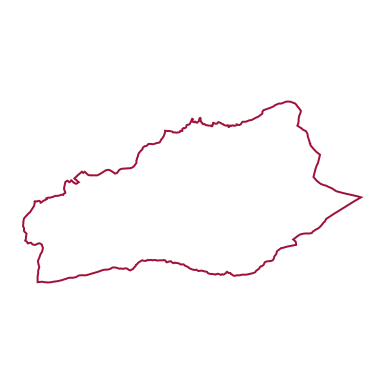 Cristioru De Jos, Bihor, Romania
{"feature_id": "2599482B34399492593990", "entity_name": "Cristioru De Jos", "entity_type": "district", "adm_level": 2, "iso_a3": "ROU", "parent_name": "Romania", "parent_adm1": "Bihor", "projection": "natural_earth1", "projection_center": [22.603, 46.434], "detail": "fine", "context": "isolated", "style": "outline", "palette": "rose", "viewbox_px": 384, "rotation_deg": 0, "n_neighbors": 0, "source": "geoboundaries", "source_scale": "gbopen_adm2", "svg_char_len": 5985}
<svg xmlns="http://www.w3.org/2000/svg" viewBox="0 0 384 384"><path d="M296.1,244.9L296.1,243.3L295.7,241.9L294.5,240.5L293.2,239.5L297.6,236.1L299.5,234.8L301.4,234.1L303.9,233.6L307.3,233.4L307.9,233.6L310.7,233.3L312.0,232.8L312.8,231.6L316.3,229.3L317.2,229.0L319.6,227.3L322.2,224.4L323.7,222.4L324.8,221.6L326.2,218.9L334.0,213.8L354.0,201.4L361.0,197.3L357.1,196.2L342.9,193.0L336.2,191.2L331.7,188.2L327.8,186.6L326.3,185.7L324.0,185.2L321.2,184.1L319.6,183.1L316.6,180.6L313.5,177.0L315.3,169.6L316.7,165.4L317.9,163.3L320.0,154.7L316.4,151.9L313.4,148.8L311.2,146.1L310.3,144.8L310.3,143.6L309.8,143.3L309.7,142.2L307.6,135.9L307.7,134.9L307.3,133.4L305.8,131.1L302.5,129.4L302.0,128.7L297.4,125.7L298.1,124.0L298.6,121.7L298.6,119.1L299.2,115.8L300.4,113.1L300.9,110.8L299.6,109.0L296.9,105.7L296.4,104.8L295.1,103.5L290.7,101.8L288.0,101.5L286.6,101.6L285.4,101.9L282.7,103.0L281.0,103.6L279.2,103.5L278.2,103.8L274.9,105.3L273.5,106.4L270.6,107.7L263.8,110.1L263.4,110.3L262.6,111.4L262.4,112.0L262.4,113.1L262.3,113.7L257.8,117.0L256.7,117.3L251.8,119.9L250.8,120.2L249.4,120.3L245.9,121.7L242.6,121.8L242.2,122.1L240.8,124.2L239.6,125.0L238.4,124.9L236.7,124.4L236.6,125.2L234.5,125.8L233.7,125.7L233.4,125.4L231.4,125.6L231.1,125.9L230.6,126.0L230.4,125.8L229.8,126.3L228.9,126.5L228.8,127.0L228.7,127.0L228.3,126.5L228.4,125.7L228.1,125.8L227.6,125.3L226.7,125.6L226.0,125.5L225.2,125.5L224.8,125.2L223.8,124.9L223.0,124.2L221.7,123.7L220.2,122.7L218.5,122.1L218.2,122.2L217.2,123.5L215.9,123.8L213.2,122.8L213.0,123.0L213.0,124.5L212.3,124.9L212.3,126.1L211.4,126.3L210.8,125.8L210.4,125.6L208.3,125.6L207.0,125.2L205.9,125.2L205.2,124.5L204.4,124.1L203.1,124.2L202.7,123.9L202.4,123.5L202.3,122.8L201.5,122.5L201.1,121.8L200.7,120.5L200.5,118.1L200.1,117.9L199.6,118.4L199.2,119.1L198.8,121.3L198.4,121.7L197.5,122.1L197.0,122.7L196.3,122.6L195.5,121.9L195.0,121.6L194.5,122.2L192.5,121.7L192.2,121.1L192.2,120.7L192.9,119.5L192.9,119.2L192.2,118.8L191.8,119.2L191.5,120.6L189.5,124.3L188.5,124.7L187.3,124.8L186.8,125.0L186.3,126.0L186.2,127.1L185.1,128.1L184.7,128.2L183.8,128.0L183.4,128.2L182.4,129.0L182.3,129.6L182.4,130.8L182.1,131.0L180.4,130.8L180.3,131.0L180.0,131.8L179.4,132.2L176.3,132.7L175.3,132.5L174.5,132.3L173.0,132.4L172.4,131.7L171.8,131.4L169.8,131.1L165.1,130.8L165.2,131.4L165.1,132.2L163.7,136.3L163.3,136.7L162.6,138.0L160.9,140.0L160.3,141.5L159.5,142.4L158.7,142.7L157.0,143.0L153.2,144.2L150.2,143.9L148.4,144.0L147.8,144.6L147.3,145.3L146.1,146.0L144.9,146.2L144.0,146.6L143.8,146.9L142.8,147.8L142.5,148.4L142.4,149.4L141.2,150.4L138.9,153.0L138.1,154.9L138.0,156.2L137.5,157.3L137.2,157.8L136.8,159.8L136.4,160.3L136.5,162.6L136.2,163.2L134.1,166.1L132.4,167.5L130.2,168.2L122.4,168.7L120.6,169.1L119.1,170.1L117.0,173.0L115.0,173.6L113.8,172.6L109.7,170.1L108.2,169.8L105.8,170.3L100.2,173.9L97.4,175.3L90.5,175.3L88.4,175.1L87.1,174.0L84.8,171.8L83.2,172.9L82.0,171.7L77.8,175.2L74.4,178.5L75.2,179.2L76.8,180.4L77.8,181.6L78.7,182.2L76.3,183.8L74.8,183.3L73.7,182.4L73.5,182.5L71.4,180.3L70.9,180.5L70.1,181.8L69.4,182.2L67.3,180.7L65.6,181.8L65.3,182.2L64.2,187.5L64.0,188.6L64.4,190.1L65.2,192.0L65.3,192.9L63.7,193.8L63.2,194.9L61.4,194.7L59.3,195.5L57.6,195.9L55.2,195.9L53.5,196.7L49.4,197.8L48.2,197.6L46.4,198.3L46.8,199.1L43.3,200.9L41.1,202.5L40.6,202.7L40.2,201.5L39.4,201.0L38.8,200.8L37.8,201.1L37.2,201.4L34.9,201.3L34.6,201.5L34.9,202.3L34.6,203.3L34.2,205.3L33.9,206.2L29.9,212.4L28.6,213.3L25.4,216.8L24.0,218.5L23.5,220.6L23.3,222.8L23.3,223.8L23.0,226.3L23.6,227.1L24.0,228.1L24.1,229.3L23.9,230.4L24.0,231.0L24.3,231.5L26.5,233.6L26.1,236.2L25.8,239.2L25.2,240.6L26.7,241.5L27.1,242.0L27.7,243.3L28.1,243.4L29.0,243.0L31.0,242.7L32.4,244.3L34.2,244.9L35.2,244.9L38.2,243.5L39.4,243.3L40.4,243.7L41.8,244.6L42.1,245.9L42.8,247.4L42.9,247.9L42.2,251.5L40.5,254.2L39.3,257.7L37.9,261.0L38.6,264.8L39.3,266.9L38.1,271.0L38.2,273.2L37.6,276.4L37.6,282.2L42.3,281.7L43.7,282.1L48.4,282.5L51.7,282.1L53.5,281.7L58.0,281.1L61.3,280.3L66.1,278.8L68.2,278.0L69.9,277.7L72.6,277.8L74.9,277.4L76.2,277.0L77.5,276.3L78.4,275.7L79.4,275.4L82.3,275.2L84.8,275.4L86.3,275.2L98.3,271.7L102.3,270.2L104.5,269.7L107.5,269.6L109.7,269.1L110.7,268.7L111.6,268.0L112.5,267.6L113.4,267.4L115.8,267.6L119.5,268.7L120.7,268.5L122.2,268.8L123.0,268.8L125.6,268.3L126.2,268.4L127.1,268.6L129.0,270.0L130.4,270.4L133.2,268.8L133.5,268.4L133.9,267.6L134.5,267.2L135.7,265.9L135.9,264.9L137.0,264.2L137.9,263.0L141.2,260.8L142.4,260.3L143.0,260.6L144.4,260.9L146.2,260.8L147.6,259.9L147.9,259.9L148.4,260.2L150.8,259.9L151.9,260.0L152.3,260.3L154.9,260.0L155.5,260.0L157.3,260.6L159.7,260.3L162.3,260.4L163.8,260.0L164.3,260.4L165.2,260.4L165.4,260.5L166.4,262.2L166.6,262.3L167.3,262.2L168.9,261.6L170.4,261.2L170.8,261.3L171.5,261.8L172.3,262.6L173.3,263.1L174.0,263.1L174.3,262.8L174.8,262.6L175.8,262.9L177.0,263.0L179.5,263.6L180.1,264.2L181.1,264.6L182.3,264.3L183.5,264.4L183.8,264.5L184.9,265.6L186.1,266.1L188.3,267.2L189.1,268.1L192.3,269.5L194.0,269.8L194.5,270.0L196.5,269.7L197.6,270.6L198.6,271.0L201.4,270.6L202.5,270.8L204.9,271.5L206.6,271.7L207.1,272.0L207.4,272.6L208.4,273.4L209.6,273.8L214.1,274.2L215.3,274.6L215.7,274.5L216.0,274.2L216.9,274.1L217.3,273.8L217.8,273.8L218.8,274.0L220.8,274.9L221.1,274.9L221.9,274.3L222.3,274.2L223.1,274.6L223.7,274.5L224.5,274.1L224.9,273.7L225.7,273.3L226.3,272.3L227.0,271.8L227.5,272.1L228.1,272.7L228.5,273.0L229.8,272.9L230.5,273.2L230.8,274.0L231.6,274.3L233.3,275.6L234.5,275.8L236.9,275.3L239.6,275.3L241.9,274.7L245.4,274.7L246.6,274.6L252.9,273.2L255.3,272.2L255.9,271.1L256.4,270.5L258.2,269.4L258.8,268.8L259.8,267.6L260.3,266.6L260.6,266.4L261.7,266.2L263.5,265.0L264.8,262.3L265.3,262.0L266.9,261.4L270.8,261.0L272.5,260.4L273.4,259.4L273.8,258.7L274.1,257.2L274.5,256.2L276.0,254.4L276.4,253.7L276.7,252.0L277.0,251.4L277.7,250.6L280.5,248.6L280.9,248.2L282.7,247.9L286.4,246.8L289.6,246.1L294.8,245.1L296.1,244.9Z" fill="none" stroke="#9f1239" stroke-width="2"/></svg>